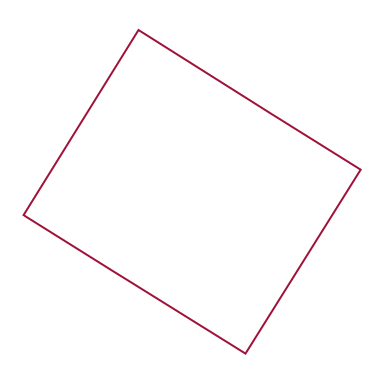 Rush, Kansas, United States of America, rotated 212°
{"feature_id": "52423323B32209186414231", "entity_name": "Rush", "entity_type": "district", "adm_level": 2, "iso_a3": "USA", "parent_name": "United States of America", "parent_adm1": "Kansas", "projection": "equal_earth", "projection_center": [-99.311, 38.523], "detail": "fine", "context": "isolated", "style": "outline", "palette": "rose", "viewbox_px": 384, "rotation_deg": 212, "n_neighbors": 0, "source": "geoboundaries", "source_scale": "gbopen_adm2", "svg_char_len": 265}
<svg xmlns="http://www.w3.org/2000/svg" viewBox="0 0 384 384"><g transform="rotate(212 192 192)"><path d="M61.0,83.3L60.8,300.3L166.7,300.3L323.2,301.0L322.6,83.2L318.0,83.1L218.0,83.0L186.4,83.1L61.0,83.3Z" fill="none" stroke="#9f1239" stroke-width="2"/></g></svg>